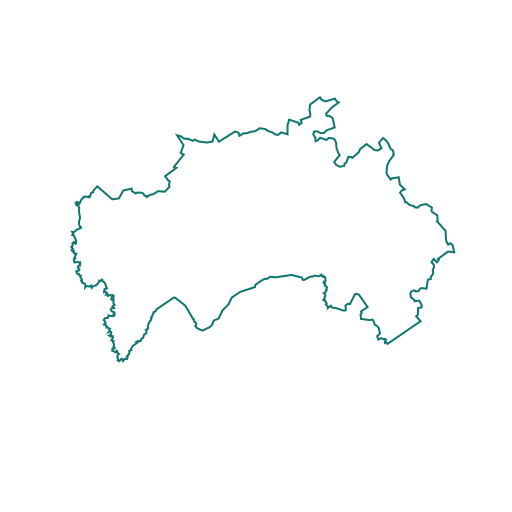 Embūtes pag., Vainodes, Latvia, rotated 146°
{"feature_id": "27541924B50643512275860", "entity_name": "Embūtes pag.", "entity_type": "district", "adm_level": 2, "iso_a3": "LVA", "parent_name": "Latvia", "parent_adm1": "Vainodes", "projection": "albers", "projection_center": [21.869, 56.513], "detail": "fine", "context": "isolated", "style": "outline", "palette": "teal", "viewbox_px": 512, "rotation_deg": 146, "n_neighbors": 0, "source": "geoboundaries", "source_scale": "gbopen_adm2", "svg_char_len": 6127}
<svg xmlns="http://www.w3.org/2000/svg" viewBox="0 0 512 512"><g transform="rotate(146 256 256)"><path d="M89.6,148.3L86.9,155.4L88.0,158.0L90.3,157.9L90.2,160.3L89.5,163.1L84.8,170.8L86.5,183.6L85.7,183.5L83.0,188.4L85.3,194.0L85.4,195.1L83.1,197.8L85.9,203.9L90.1,205.8L93.1,206.2L94.7,205.5L97.4,207.8L97.1,208.9L100.2,212.6L101.4,216.9L102.2,217.2L101.1,220.7L101.1,228.0L98.3,228.8L95.4,228.1L96.8,234.7L93.7,241.5L100.1,244.4L101.6,244.1L101.8,250.5L101.2,252.2L96.4,257.9L91.9,260.4L85.2,262.8L85.3,263.5L83.9,265.2L83.6,267.5L84.5,269.5L83.4,275.5L83.7,279.5L84.7,282.8L90.6,281.2L91.8,275.1L96.1,275.4L98.4,277.5L101.8,287.0L110.0,286.4L112.7,284.6L121.4,283.5L121.6,284.5L123.9,286.6L129.2,282.8L130.8,283.1L132.5,281.4L136.6,283.1L138.6,286.7L138.6,290.3L130.4,292.7L130.0,296.1L128.8,300.7L126.2,305.2L125.7,309.4L129.6,313.2L132.6,312.8L136.7,318.1L140.0,317.4L142.4,317.8L140.7,321.0L140.5,324.9L138.3,326.7L135.5,325.1L133.8,321.8L131.0,320.0L127.4,320.7L118.9,318.6L115.3,327.6L116.4,329.8L116.6,331.0L119.0,332.5L118.3,334.8L110.6,336.6L101.6,337.1L102.7,339.5L102.6,342.4L112.0,345.3L114.3,348.9L114.2,351.8L126.5,351.3L130.1,347.0L131.5,343.4L133.2,341.3L142.8,343.8L143.7,340.8L146.8,340.6L146.4,342.9L152.3,350.5L156.7,346.8L161.8,339.3L166.1,344.5L170.0,344.0L172.0,345.9L173.4,349.5L176.1,352.8L177.2,355.9L181.4,359.8L187.1,360.0L190.7,361.8L195.2,363.0L197.6,364.6L202.5,364.9L201.5,368.0L203.7,370.9L222.8,371.5L222.6,380.0L228.1,375.2L233.2,377.5L239.3,382.8L241.9,386.9L243.9,386.7L247.2,391.7L247.8,391.5L250.4,394.2L251.1,396.9L253.9,400.2L254.1,388.4L260.8,383.5L259.2,380.5L274.1,375.8L274.3,375.3L272.8,373.6L286.7,373.0L286.5,367.7L285.8,366.1L288.4,363.6L288.9,361.8L295.7,360.3L301.1,364.6L306.0,364.6L310.0,366.0L313.4,365.9L313.2,366.9L314.1,367.4L314.7,369.4L314.5,370.7L315.5,372.4L318.8,374.9L320.7,375.0L322.6,379.1L321.5,381.4L329.3,384.5L337.6,380.4L343.5,383.4L348.6,402.4L354.3,401.2L355.3,400.0L357.5,400.4L360.6,397.8L361.7,398.1L361.6,399.0L363.0,399.3L364.1,400.8L365.9,401.4L366.1,400.7L368.5,400.8L373.0,398.2L373.3,399.7L374.3,400.9L374.8,399.4L375.8,400.2L375.7,399.1L376.4,398.8L375.1,397.1L375.8,394.5L377.4,392.8L380.8,385.6L382.6,384.4L384.8,381.7L385.5,379.1L385.0,378.0L385.3,377.2L389.8,378.0L393.7,377.5L394.9,378.8L395.3,376.2L396.5,376.1L395.6,374.7L396.5,369.0L397.3,368.3L398.2,368.9L398.2,367.2L398.8,367.1L399.6,369.1L400.8,369.4L402.3,367.1L404.0,366.8L403.6,364.4L405.6,364.2L405.8,363.6L404.2,361.9L405.3,361.4L405.0,359.2L403.7,358.4L407.5,356.0L407.3,355.0L409.0,355.0L410.1,352.1L406.8,350.7L406.3,349.4L405.3,349.1L406.2,347.7L406.9,347.6L407.4,346.4L409.0,347.0L410.4,345.3L409.8,343.8L410.9,343.0L413.6,343.8L414.0,342.6L413.9,340.7L412.9,340.4L413.3,338.8L412.2,337.7L413.5,336.7L413.4,334.0L414.8,333.4L414.2,332.5L415.2,331.3L413.3,328.7L413.9,326.9L415.1,325.5L413.4,326.0L411.4,324.0L409.2,323.7L409.9,322.7L410.0,321.4L408.6,322.1L404.6,321.1L400.5,322.3L399.8,323.3L398.9,322.4L396.9,322.7L396.7,322.1L397.4,321.1L396.5,319.2L396.4,317.3L397.7,314.1L397.6,312.6L400.2,313.2L402.3,311.0L400.5,310.3L400.4,309.1L402.0,307.9L400.3,307.5L401.1,305.8L398.5,305.1L398.1,304.1L396.5,303.7L396.2,302.8L396.6,302.2L398.6,302.4L400.1,301.3L399.9,300.1L398.1,300.1L400.8,296.2L400.7,294.6L403.1,294.5L402.8,292.2L405.4,293.4L406.4,292.7L406.6,291.2L404.9,288.4L406.5,287.8L406.6,287.2L406.1,286.7L407.0,286.5L407.0,285.9L408.2,286.0L411.5,289.2L413.3,287.5L416.1,288.9L418.1,288.1L417.8,287.2L418.1,284.5L420.4,284.1L419.0,282.0L419.9,280.5L418.8,280.3L418.8,278.3L417.8,277.5L418.8,277.1L419.0,275.8L420.5,275.3L418.9,275.0L418.6,273.7L420.0,272.6L420.1,271.4L422.2,272.1L421.5,270.5L419.7,269.4L420.5,268.1L423.0,267.0L421.6,265.0L422.8,264.5L423.0,262.2L424.8,260.5L424.4,258.9L425.3,258.4L426.7,259.6L428.2,257.9L426.2,254.7L424.7,255.4L424.2,254.9L424.9,253.3L424.4,251.3L425.7,251.2L427.6,249.9L427.9,247.8L429.0,246.8L428.3,245.3L424.9,246.0L424.6,245.4L425.0,243.3L422.1,244.2L420.6,242.7L419.0,243.8L419.2,245.1L416.2,245.6L414.9,246.6L414.3,248.2L412.2,247.7L412.4,248.3L408.8,250.3L404.6,250.4L403.4,250.7L403.4,251.5L402.6,250.9L402.6,251.6L401.9,251.7L399.4,250.0L397.6,251.2L395.3,251.4L392.6,253.5L390.2,253.2L388.3,255.6L388.5,256.4L386.5,256.1L385.3,257.1L385.1,258.1L384.3,259.0L380.9,261.1L378.7,261.6L377.5,263.3L376.6,263.5L376.7,264.0L372.9,265.9L372.5,266.7L370.2,266.3L368.5,267.4L347.6,267.5L346.5,267.0L342.7,255.4L342.4,253.6L343.4,238.7L343.0,238.5L343.9,235.8L343.3,234.9L343.4,233.1L345.4,232.0L345.2,229.1L342.1,224.1L334.1,222.9L330.7,223.5L327.3,226.1L321.9,225.1L314.3,229.6L305.9,231.3L299.3,235.1L289.3,235.1L274.1,230.8L272.7,232.4L266.7,232.6L261.9,232.3L259.5,230.8L255.9,230.9L251.7,227.4L237.1,220.4L230.0,212.4L230.6,210.3L229.8,209.3L222.6,208.5L220.4,207.2L218.2,206.9L215.4,204.1L212.4,204.1L212.4,203.0L211.8,202.5L212.5,202.4L212.0,201.6L212.1,201.1L210.7,200.1L210.6,199.5L212.2,196.6L212.8,196.1L213.7,196.7L213.8,195.9L214.9,195.9L214.4,194.2L215.1,194.0L215.5,192.4L214.7,191.7L214.7,190.1L216.2,189.4L216.4,188.2L217.7,188.1L218.4,187.1L220.5,187.3L220.3,185.8L220.7,184.2L222.0,183.7L222.7,182.6L224.7,181.9L223.4,180.5L224.1,179.4L223.8,177.8L224.1,177.0L225.1,176.8L224.8,175.8L225.2,174.6L224.3,173.5L225.2,172.7L221.7,172.9L221.8,170.8L218.4,167.7L214.4,162.2L212.2,160.8L211.0,162.0L209.6,164.9L206.4,165.0L205.1,163.5L195.1,169.1L193.3,167.8L192.3,166.0L192.0,151.3L200.0,151.3L200.2,149.7L202.0,149.1L204.1,145.1L197.5,139.2L195.2,138.3L194.8,137.1L195.9,132.5L194.8,130.3L194.5,127.9L196.5,122.4L200.4,121.8L201.3,118.3L198.2,118.0L197.0,115.7L195.5,115.2L194.9,114.1L196.4,113.4L197.6,111.9L196.2,111.7L196.2,109.6L156.0,109.9L156.9,116.4L154.8,116.7L150.7,122.2L147.2,120.8L146.0,123.2L145.6,127.8L149.8,129.8L149.3,131.0L150.7,135.1L148.7,139.0L147.0,139.7L143.9,139.0L143.3,137.2L141.0,136.0L138.3,137.2L136.4,136.6L133.0,133.6L126.8,140.2L123.9,139.2L122.9,140.9L119.0,142.2L117.2,145.8L115.0,146.8L113.4,149.3L114.0,152.7L110.5,154.2L110.1,153.8L110.0,151.4L109.5,149.6L106.4,150.7L106.3,151.3L106.6,151.8L94.4,152.3L89.6,148.3Z" fill="none" stroke="#0f766e" stroke-width="2"/></g></svg>